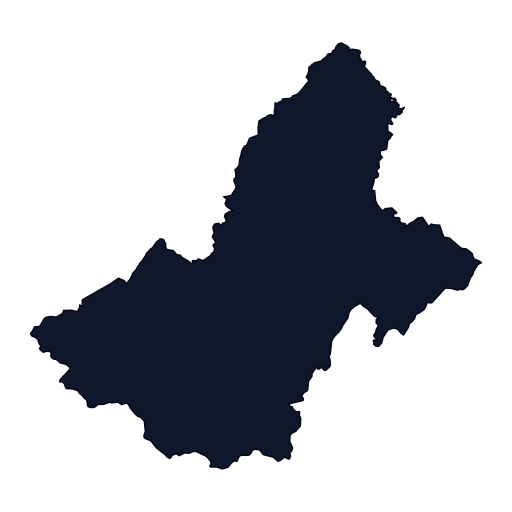 Lam Ha, Lâm Đồng, Vietnam (Albers equal-area conic projection)
{"feature_id": "81297802B58085294619279", "entity_name": "Lam Ha", "entity_type": "district", "adm_level": 2, "iso_a3": "VNM", "parent_name": "Vietnam", "parent_adm1": "Lâm Đồng", "projection": "albers", "projection_center": [108.219, 11.861], "detail": "fine", "context": "isolated", "style": "filled", "palette": "ink", "viewbox_px": 512, "rotation_deg": 0, "n_neighbors": 0, "source": "geoboundaries", "source_scale": "gbopen_adm2", "svg_char_len": 6005}
<svg xmlns="http://www.w3.org/2000/svg" viewBox="0 0 512 512"><path d="M392.5,134.6L389.7,132.2L387.9,131.5L387.6,123.7L388.6,123.4L391.3,124.4L392.6,124.1L392.5,123.1L390.6,120.1L390.9,117.4L392.5,116.6L394.5,117.6L395.8,117.5L397.0,114.6L399.7,114.5L401.0,113.2L401.2,112.1L402.2,112.0L402.0,109.6L403.5,109.0L404.0,107.7L402.0,108.6L398.9,108.6L398.6,107.0L399.1,105.4L398.6,104.3L397.3,103.6L397.3,102.9L395.6,102.6L395.5,101.8L396.2,100.4L395.0,98.4L392.7,98.5L393.8,100.4L393.5,101.5L390.6,101.5L390.0,99.3L391.6,98.8L391.9,98.1L391.4,97.5L389.8,97.4L389.6,96.8L391.2,94.9L391.1,94.2L388.4,92.9L387.5,91.5L385.7,90.7L385.7,88.5L385.1,87.6L378.6,84.8L379.7,84.0L378.9,81.7L375.0,79.8L373.7,77.0L372.0,75.8L371.5,74.4L364.8,67.2L364.5,66.2L365.7,62.3L364.9,61.2L362.8,61.6L361.9,61.2L361.1,60.6L360.9,59.1L360.1,58.9L359.4,55.5L360.5,52.2L359.6,50.8L357.8,50.0L352.2,49.2L348.9,49.7L349.0,47.7L346.9,45.9L341.5,43.1L338.7,43.7L336.1,46.6L335.0,49.5L332.5,51.2L331.6,53.9L328.2,53.9L325.4,57.9L323.6,58.6L321.0,61.2L314.7,62.7L313.0,64.2L312.2,64.2L310.7,66.2L308.9,67.4L308.8,71.0L307.7,74.5L306.2,77.0L307.8,78.8L308.8,81.6L307.0,83.0L300.0,91.8L296.9,94.5L292.8,95.9L292.0,97.3L290.0,98.5L282.8,98.9L281.7,101.2L278.9,102.1L277.9,103.4L275.1,103.0L275.0,107.5L274.3,111.3L274.5,114.1L273.9,115.2L272.2,115.4L270.9,114.7L269.9,114.9L267.2,116.1L265.6,117.5L264.0,117.9L259.0,121.0L258.1,127.4L258.4,134.5L257.8,135.2L249.6,138.3L246.9,144.9L245.9,145.8L244.5,146.2L242.0,150.5L240.6,156.6L239.8,158.5L239.0,165.7L235.0,170.1L235.8,173.4L235.9,177.5L234.1,178.9L233.9,181.0L235.7,185.2L236.1,187.4L235.4,189.1L231.3,195.4L223.9,196.9L226.8,199.3L225.2,203.5L226.1,205.8L228.9,208.2L233.0,210.6L229.0,211.8L225.2,214.2L224.6,216.8L225.9,219.4L226.2,221.5L225.1,222.5L222.4,223.3L221.7,225.8L218.5,223.2L214.7,224.1L213.2,226.6L213.0,228.2L214.2,233.2L212.3,236.6L214.9,240.9L215.5,242.6L215.1,243.4L213.1,244.9L213.4,246.3L214.6,247.9L214.4,250.4L213.7,251.8L211.8,253.5L210.4,255.7L202.8,260.8L198.5,258.8L196.5,260.8L192.8,260.6L192.3,261.3L192.9,264.0L191.8,264.1L188.9,261.4L181.4,257.1L180.6,255.4L176.7,254.6L173.0,250.5L167.2,249.7L165.7,247.8L165.7,243.7L164.4,241.8L163.9,240.0L162.2,239.0L159.8,239.0L158.8,240.7L157.7,240.9L156.5,241.9L152.3,248.0L151.1,248.6L146.8,253.0L145.5,255.7L142.0,261.0L140.0,263.1L139.5,264.5L138.0,266.1L135.9,270.0L132.5,273.5L132.1,275.3L129.9,279.4L126.9,283.3L125.8,282.9L124.0,280.6L118.5,278.2L110.8,283.6L83.2,299.3L82.3,300.3L82.2,303.0L83.0,305.9L82.7,306.2L79.9,305.0L79.3,308.3L77.6,311.2L75.8,311.4L71.9,310.3L63.5,310.5L63.2,312.4L61.9,314.0L56.1,317.2L50.6,316.5L45.8,317.4L44.1,318.9L39.8,326.4L34.4,327.0L32.7,330.8L30.7,333.3L30.9,334.4L31.7,335.8L35.5,337.5L37.8,339.5L39.4,344.0L40.7,345.8L40.7,346.7L39.6,348.4L40.1,349.6L43.3,352.3L46.1,351.3L49.9,351.4L51.5,353.4L50.7,355.9L51.6,357.7L54.1,359.2L56.3,359.4L60.4,363.0L65.8,364.2L69.5,367.0L69.8,369.0L69.4,369.8L60.2,379.6L59.7,381.7L62.4,382.0L64.3,383.6L65.8,387.9L66.4,388.5L72.9,388.9L78.2,390.9L79.0,392.9L82.3,395.5L84.2,398.0L86.8,400.2L87.6,405.5L88.1,406.4L89.7,407.4L93.0,407.5L95.3,406.7L98.0,404.4L103.4,404.4L108.5,402.5L112.5,402.7L118.0,402.2L121.7,404.6L126.4,403.0L127.3,403.3L129.2,405.6L130.0,407.7L135.3,414.1L137.6,416.1L140.8,417.4L144.3,421.1L145.4,431.6L144.1,434.8L144.0,437.3L145.3,438.5L150.7,440.7L156.6,448.0L165.7,455.1L166.7,456.6L169.4,458.3L170.2,458.2L172.3,455.2L175.2,454.0L176.9,454.0L179.2,455.6L184.6,452.9L189.4,453.2L192.7,451.5L196.1,451.5L205.6,455.9L208.1,458.2L210.7,461.3L211.1,464.3L209.9,465.9L210.1,466.6L211.4,467.0L216.9,467.0L222.3,468.9L227.8,467.3L231.5,462.9L234.0,461.0L235.3,460.8L236.4,461.4L237.1,461.1L239.3,456.0L241.6,455.3L248.9,455.2L250.7,453.4L252.4,450.3L254.5,449.3L259.1,449.7L260.2,450.5L263.3,454.6L273.3,457.2L277.8,461.1L279.8,460.7L284.0,457.5L285.3,457.5L288.5,459.0L289.5,458.8L290.6,456.0L289.6,452.8L291.5,451.3L292.5,448.3L292.3,447.0L289.7,441.7L290.0,436.0L291.4,433.5L295.7,431.3L300.3,425.9L300.7,418.6L299.3,414.8L299.6,412.1L299.2,411.6L297.3,412.0L295.8,411.7L293.2,409.1L292.1,406.8L289.7,406.2L289.2,404.8L289.6,404.0L291.2,403.3L303.0,400.5L303.3,398.7L301.9,396.2L302.2,395.1L303.6,392.9L306.9,390.9L307.7,389.7L308.5,381.3L311.8,376.6L312.0,373.5L315.9,367.7L316.6,367.5L317.5,368.8L318.2,369.1L319.4,368.9L320.7,367.7L322.0,367.7L324.1,370.1L325.6,370.3L329.7,366.8L330.3,365.1L330.1,360.6L329.1,356.0L330.2,354.3L331.7,340.7L334.4,336.4L339.1,331.7L341.2,328.7L343.0,324.9L347.7,318.2L349.1,312.4L351.2,309.2L354.9,306.2L359.2,303.8L359.9,302.8L363.8,306.6L367.1,308.5L374.7,316.5L377.6,317.2L378.7,318.0L378.9,318.8L376.9,318.9L376.3,319.7L376.2,322.9L378.1,324.9L378.2,325.8L376.3,329.4L375.7,332.3L373.8,335.4L374.1,336.6L376.5,339.0L376.9,340.0L373.9,340.0L373.4,341.2L374.1,343.4L373.8,344.2L375.8,346.1L378.5,346.4L381.6,343.1L383.1,337.2L388.1,329.7L393.6,328.1L396.0,328.6L398.0,329.5L400.9,333.1L403.6,334.9L408.6,327.0L409.4,323.6L412.6,321.1L414.4,318.9L415.9,314.5L419.6,312.7L423.9,309.7L426.2,305.8L426.9,302.5L431.1,302.9L432.1,302.5L444.4,288.9L446.2,288.1L451.1,288.3L457.2,290.1L460.3,289.3L462.8,289.7L464.6,288.7L467.7,285.3L470.3,277.8L472.7,274.7L473.7,271.5L477.1,265.7L478.2,264.4L481.3,262.7L479.6,261.2L474.2,259.0L473.2,257.3L472.2,253.6L469.0,250.8L465.8,248.8L462.4,248.5L460.7,247.9L449.4,238.0L444.2,237.3L442.4,233.6L439.7,225.2L433.5,224.8L431.3,224.1L428.7,226.6L422.4,217.3L417.9,218.0L413.4,221.7L410.0,223.3L406.4,226.3L405.2,223.7L401.8,223.1L400.6,222.3L399.5,220.9L400.0,219.0L399.3,218.1L398.0,217.6L394.5,217.6L393.7,216.9L393.7,213.3L394.3,213.0L395.9,213.7L396.7,212.6L391.9,208.0L385.4,208.6L383.0,210.3L381.4,210.3L380.7,208.9L377.6,205.1L375.6,200.9L374.6,190.8L371.5,190.1L374.2,180.6L373.8,178.7L377.5,177.2L378.4,175.7L378.1,173.5L376.4,170.7L379.2,167.7L378.8,161.1L382.3,157.4L379.9,154.2L380.4,151.4L380.7,150.6L383.5,150.2L386.6,149.0L387.7,140.4L390.2,138.1L391.3,135.7L392.5,134.6Z" fill="#0f172a" stroke="#020617" stroke-width="1.5"/></svg>